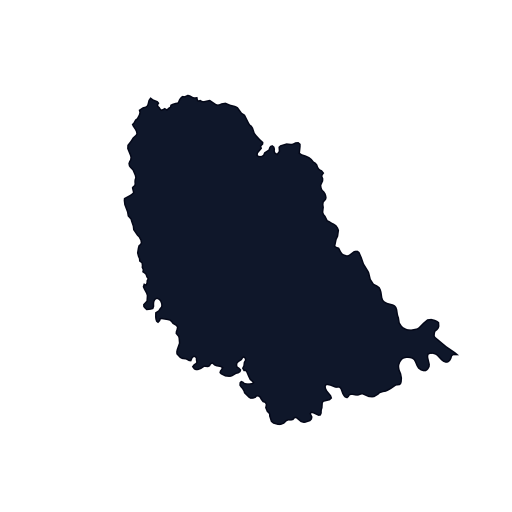 Pompéu, Minas Gerais, Brazil, rotated 149°
{"feature_id": "56859067B66149480204600", "entity_name": "Pompéu", "entity_type": "district", "adm_level": 2, "iso_a3": "BRA", "parent_name": "Brazil", "parent_adm1": "Minas Gerais", "projection": "natural_earth1", "projection_center": [-44.93, -19.146], "detail": "fine", "context": "isolated", "style": "filled", "palette": "ink", "viewbox_px": 512, "rotation_deg": 149, "n_neighbors": 0, "source": "geoboundaries", "source_scale": "gbopen_adm2", "svg_char_len": 6069}
<svg xmlns="http://www.w3.org/2000/svg" viewBox="0 0 512 512"><g transform="rotate(149 256 256)"><path d="M155.6,292.4L156.0,295.2L157.1,296.9L157.6,298.5L157.6,300.5L157.1,302.8L157.5,305.1L158.5,306.9L159.0,310.3L160.0,313.0L162.2,316.2L164.9,319.3L166.0,321.8L162.0,327.1L160.8,329.1L161.5,331.3L163.8,332.5L166.6,332.7L168.4,333.4L172.1,336.2L178.2,337.7L180.1,337.3L182.0,333.6L185.6,332.1L186.9,334.8L186.3,336.8L185.3,338.1L184.7,340.1L185.4,342.0L187.1,342.3L188.5,341.6L190.2,340.1L195.4,339.9L197.6,338.3L199.9,338.3L201.5,339.1L202.7,340.1L203.3,341.7L201.7,343.7L196.1,345.6L195.5,347.9L192.7,348.6L191.8,349.9L193.0,353.9L194.1,359.3L194.4,362.1L193.2,367.4L193.3,369.8L194.0,371.2L194.1,373.5L193.4,382.6L195.0,385.8L195.6,392.6L196.4,394.0L197.3,395.2L200.7,398.6L203.6,402.6L207.1,404.0L209.4,404.3L211.2,405.0L212.5,406.4L215.6,413.1L221.5,415.1L222.8,416.2L223.8,418.0L225.6,418.3L226.0,420.0L225.2,422.1L227.1,422.9L228.6,424.2L230.3,427.2L231.7,428.7L235.1,429.1L237.0,430.5L239.3,430.0L241.2,429.1L242.9,427.8L244.3,427.2L246.0,428.0L249.1,428.8L251.2,429.0L252.6,427.5L254.2,427.6L257.2,427.0L258.4,429.3L260.1,429.3L262.0,429.6L262.6,431.2L262.6,433.0L263.2,435.0L262.4,436.5L260.9,437.2L261.2,439.1L264.0,442.8L265.1,445.5L267.5,444.4L270.6,441.3L272.1,440.4L274.0,440.3L276.4,441.1L280.8,440.9L281.4,438.8L282.9,437.2L284.4,436.2L287.0,434.7L289.1,434.5L292.4,432.6L294.0,432.3L294.2,430.6L294.0,426.5L294.2,424.2L295.1,421.9L296.7,421.1L300.4,420.4L304.2,418.5L308.7,416.8L310.5,414.1L311.6,407.0L312.2,404.9L313.9,402.8L315.5,402.0L317.2,400.6L318.0,398.4L317.8,396.5L317.0,393.1L317.8,387.3L318.6,385.0L320.4,383.4L321.5,381.8L322.4,380.0L323.8,378.6L325.3,378.6L326.7,378.0L328.2,373.2L330.7,372.7L332.7,372.6L339.1,372.9L340.2,371.4L341.9,367.6L343.3,359.9L344.8,356.1L344.0,352.0L344.6,350.0L345.7,344.8L347.2,341.5L346.8,334.8L346.2,332.7L346.4,328.8L347.4,326.3L348.9,325.3L350.9,325.0L352.7,323.3L355.8,319.6L356.8,316.3L357.1,313.8L358.2,311.6L357.1,308.9L358.1,306.5L359.3,304.8L359.6,302.2L361.0,300.7L360.1,298.8L359.6,296.9L360.2,294.3L360.0,291.9L361.9,290.9L363.3,288.9L365.4,287.6L366.4,289.3L368.3,287.6L368.6,285.3L368.8,280.5L369.4,278.0L372.6,273.4L377.2,272.1L378.1,270.4L377.8,268.5L377.2,266.4L373.6,264.8L371.5,264.2L369.7,265.7L368.6,267.7L367.2,269.6L365.3,270.8L363.8,271.1L362.2,270.4L361.1,268.5L360.8,266.3L361.3,263.8L362.0,262.2L363.1,260.9L365.6,260.0L367.4,259.0L371.1,258.9L373.3,255.4L374.2,253.4L374.7,251.3L374.1,249.7L371.9,250.3L370.6,251.5L369.0,251.0L364.4,247.1L362.7,245.4L362.0,243.2L361.8,241.0L360.0,237.7L359.7,235.5L361.6,233.4L363.2,232.1L364.2,230.7L363.6,226.9L364.1,225.2L366.4,220.6L371.6,216.3L373.1,214.7L374.1,212.8L373.1,208.1L371.9,206.2L368.8,203.8L367.1,200.9L365.8,199.9L363.2,201.8L361.3,202.1L359.9,201.2L359.5,199.4L360.6,197.4L361.3,195.3L362.8,194.6L364.9,194.6L367.2,193.7L366.9,190.9L365.8,189.5L364.3,188.7L361.3,188.1L357.2,188.3L354.2,186.1L352.4,185.9L350.6,187.0L348.4,186.8L347.5,183.9L346.3,182.3L343.1,179.5L342.1,177.5L344.0,176.3L345.7,175.6L346.8,174.5L346.4,172.9L343.9,169.0L341.1,166.9L339.6,166.1L338.0,165.8L333.6,165.8L331.5,165.1L329.3,165.2L328.0,166.3L328.5,168.6L329.5,170.6L328.9,172.6L327.3,174.3L325.2,174.7L321.9,174.8L320.2,175.7L318.5,176.0L317.8,173.9L318.5,172.0L320.7,170.8L322.9,168.0L325.1,166.6L325.2,164.0L323.7,163.3L323.5,161.2L324.1,157.2L324.5,153.1L323.7,150.9L323.3,148.7L324.7,148.4L327.8,149.7L329.7,150.9L331.7,152.6L332.3,154.6L333.3,155.9L334.8,155.5L336.2,153.5L336.1,151.4L335.7,149.5L335.7,146.5L336.2,144.6L334.6,138.4L333.7,136.9L331.7,135.8L329.4,135.3L327.6,135.9L325.9,134.8L325.1,132.9L325.2,130.4L324.9,127.6L323.3,125.7L323.5,123.3L325.7,120.9L326.0,118.7L326.3,116.8L325.7,115.2L325.7,113.3L326.6,111.8L327.9,106.3L327.0,103.8L324.0,100.6L322.6,99.6L321.3,99.0L318.3,98.5L314.8,99.3L312.7,99.0L310.4,97.5L308.5,96.9L306.2,97.7L304.6,96.8L302.6,91.0L301.0,89.2L299.8,88.4L294.6,87.2L292.5,87.8L291.1,89.3L290.8,92.9L289.1,93.5L287.6,92.2L284.3,87.3L282.8,86.7L281.1,87.9L280.2,89.4L279.2,90.7L277.7,92.0L274.8,96.2L273.1,96.9L267.0,95.0L264.6,95.5L264.1,97.8L265.0,103.9L264.8,106.5L264.1,108.5L262.6,109.7L261.1,109.3L258.5,106.9L255.5,102.9L254.3,102.0L252.9,101.4L251.8,100.5L251.4,98.5L252.4,93.3L252.4,90.9L252.1,89.3L250.9,87.8L249.2,88.1L247.8,88.9L246.3,88.8L244.7,88.0L241.8,85.4L240.2,84.4L237.0,83.7L235.6,83.1L231.7,77.6L229.0,75.6L227.2,74.8L222.6,74.8L220.5,75.3L217.0,74.5L214.5,73.5L212.3,73.2L208.8,73.1L202.6,73.5L199.3,72.0L197.9,72.2L196.5,73.4L194.3,76.5L192.8,80.5L192.2,84.4L191.6,86.2L190.8,87.9L189.8,89.3L187.3,91.3L184.3,92.6L182.2,92.7L179.3,91.8L177.7,90.8L176.0,89.5L174.5,87.9L173.6,85.7L173.7,83.2L174.3,79.1L174.3,76.2L173.1,73.4L171.4,71.5L169.7,70.5L168.3,70.5L166.8,70.9L164.7,72.1L163.4,73.9L161.3,80.4L160.5,81.9L159.2,83.3L157.0,83.1L154.5,81.7L152.5,79.5L151.6,77.6L150.3,71.5L149.4,69.2L147.8,67.2L146.2,66.5L143.9,66.8L141.9,67.9L139.6,69.9L137.8,70.0L134.5,68.0L135.4,70.6L139.9,80.4L144.7,94.2L144.5,95.9L143.2,97.7L141.6,99.4L138.8,99.8L136.8,100.6L135.5,101.8L133.9,104.9L134.7,106.8L136.1,108.8L138.6,111.3L141.9,112.8L147.0,112.0L153.2,110.4L155.3,110.3L159.2,111.7L161.3,112.5L164.2,114.6L165.4,116.0L167.2,119.0L167.7,121.2L167.8,124.9L165.8,129.8L165.5,131.5L164.9,133.4L163.2,137.5L162.7,139.9L163.0,141.8L164.0,143.5L168.0,147.6L169.1,149.3L169.9,150.8L170.3,152.8L169.8,155.4L167.6,160.7L167.0,163.0L166.8,165.4L167.9,168.0L170.0,171.3L170.2,177.1L168.2,183.4L168.0,185.0L168.1,193.8L166.7,200.4L166.0,205.9L166.7,207.7L168.2,208.6L169.7,209.1L175.3,208.5L176.7,208.6L178.2,209.2L180.6,212.0L181.3,213.5L181.5,216.1L181.2,220.1L182.8,221.9L183.7,223.8L178.9,229.0L175.9,231.0L172.2,235.6L171.8,238.0L172.0,240.8L173.2,243.4L174.3,245.0L175.8,248.0L176.9,249.5L176.5,254.5L176.9,256.8L176.4,259.2L173.4,263.1L172.3,265.7L170.7,267.7L167.3,268.8L166.1,269.9L165.4,271.6L164.9,273.7L165.0,276.2L165.6,278.1L165.5,279.7L165.0,281.6L164.1,283.5L160.3,286.1L159.1,287.9L158.7,290.4L157.6,291.6L155.6,292.4Z" fill="#0f172a" stroke="#020617" stroke-width="1.5"/></g></svg>